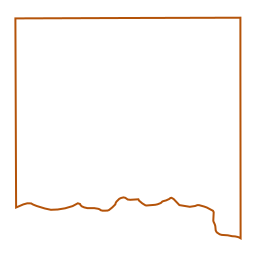 Yankton, South Dakota, United States of America (Natural Earth projection)
{"feature_id": "52423323B66952732105608", "entity_name": "Yankton", "entity_type": "district", "adm_level": 2, "iso_a3": "USA", "parent_name": "United States of America", "parent_adm1": "South Dakota", "projection": "natural_earth1", "projection_center": [-97.367, 42.985], "detail": "fine", "context": "isolated", "style": "outline", "palette": "amber", "viewbox_px": 256, "rotation_deg": 0, "n_neighbors": 0, "source": "geoboundaries", "source_scale": "gbopen_adm2", "svg_char_len": 1049}
<svg xmlns="http://www.w3.org/2000/svg" viewBox="0 0 256 256"><path d="M127.8,18.0L15.4,18.4L16.1,207.5L23.3,204.4L27.3,203.3L31.1,203.4L33.2,204.6L36.7,206.0L44.9,208.5L50.9,209.8L57.7,209.5L65.1,208.3L72.6,206.1L77.8,203.3L80.0,204.0L80.6,205.2L81.9,206.4L84.2,207.4L87.3,208.1L94.1,208.1L98.2,208.8L99.6,209.3L100.7,210.2L102.7,210.7L107.4,210.6L108.9,210.1L112.3,207.4L115.3,204.4L115.5,203.4L116.4,201.7L119.3,198.8L121.0,198.0L123.5,197.4L125.3,197.8L127.7,199.5L130.2,199.8L138.4,199.3L139.0,200.6L142.2,203.3L145.4,205.3L146.5,205.5L155.2,204.8L157.5,204.3L160.1,203.3L161.2,202.7L162.2,201.6L163.1,201.2L166.1,200.4L169.4,198.9L170.4,198.0L171.5,197.8L173.6,199.0L179.4,205.1L189.8,206.8L195.1,206.0L197.4,205.1L198.9,205.1L204.0,206.5L206.8,207.5L213.0,210.8L213.7,212.2L213.3,220.5L213.5,221.6L214.8,224.4L215.3,226.1L215.7,230.4L216.4,231.8L217.1,232.6L219.7,234.3L221.7,234.9L227.8,235.3L232.1,236.2L235.1,236.4L237.5,236.9L239.0,237.4L240.6,238.3L240.4,69.4L240.4,17.7L127.8,18.0Z" fill="none" stroke="#b45309" stroke-width="2"/></svg>